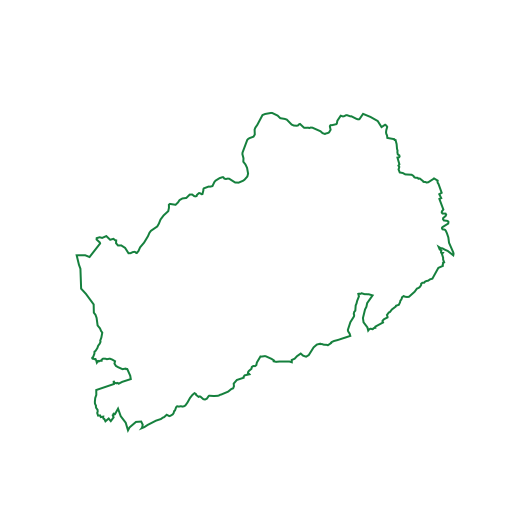 outline of Corbi, Arges, Romania, rotated 254°
{"feature_id": "2599482B64907483378963", "entity_name": "Corbi", "entity_type": "district", "adm_level": 2, "iso_a3": "ROU", "parent_name": "Romania", "parent_adm1": "Arges", "projection": "robinson", "projection_center": [24.82, 45.271], "detail": "fine", "context": "isolated", "style": "outline", "palette": "green", "viewbox_px": 512, "rotation_deg": 254, "n_neighbors": 0, "source": "geoboundaries", "source_scale": "gbopen_adm2", "svg_char_len": 6066}
<svg xmlns="http://www.w3.org/2000/svg" viewBox="0 0 512 512"><g transform="rotate(254 256 256)"><path d="M366.2,382.4L366.5,381.4L366.1,379.2L366.2,378.0L367.5,376.1L363.6,371.5L361.2,370.3L360.6,369.6L360.8,365.2L361.2,363.7L360.6,362.9L360.0,362.7L356.8,362.5L354.7,360.3L354.4,358.9L354.5,356.9L354.3,355.9L355.8,353.8L358.1,352.4L363.8,345.6L364.4,344.0L364.3,342.5L364.9,341.6L365.8,338.1L366.1,337.5L370.8,334.7L370.8,333.9L369.9,332.3L370.0,331.0L371.0,328.3L372.5,326.5L378.6,323.2L379.8,321.5L381.8,317.3L385.0,315.5L389.0,311.0L389.4,309.8L390.0,303.9L389.7,301.1L381.6,293.3L379.6,290.8L377.9,289.5L373.1,288.3L371.4,286.5L371.1,282.3L370.7,280.8L370.0,279.6L359.2,271.6L357.7,271.0L353.4,270.9L350.1,269.8L346.9,271.1L343.2,271.7L337.4,271.1L334.8,269.6L332.5,266.0L331.9,264.3L331.3,259.5L332.4,256.2L337.7,251.5L338.2,250.1L338.3,248.3L339.1,246.9L340.7,246.3L341.0,245.5L340.9,242.5L339.6,237.9L338.6,236.4L335.2,233.4L335.3,231.0L335.8,229.6L335.4,224.5L334.7,223.8L333.6,223.5L330.3,221.6L330.3,220.9L331.9,219.3L332.2,218.6L331.1,216.2L330.0,215.4L330.0,214.2L330.6,213.1L332.7,211.6L333.3,209.2L331.0,205.0L331.6,201.1L330.8,197.9L329.0,195.8L327.4,192.8L329.8,187.6L329.3,186.4L326.3,185.6L323.3,184.0L320.5,178.4L317.4,174.3L313.8,171.5L311.6,169.2L309.2,162.0L307.8,160.1L304.8,157.6L299.7,152.1L296.3,147.0L293.2,144.4L291.7,142.2L291.9,141.7L292.8,141.3L293.5,140.4L293.7,138.6L293.3,136.2L293.8,134.2L299.9,132.4L303.3,129.4L304.2,126.2L306.9,125.0L309.5,125.9L310.0,124.9L311.8,123.7L311.8,120.3L316.4,117.6L315.8,113.1L317.1,110.9L317.1,107.8L315.8,107.3L312.0,109.6L311.0,109.6L300.9,95.7L303.8,92.0L306.1,83.8L296.4,83.4L292.1,83.7L272.8,78.9L266.4,82.1L254.2,86.6L246.2,84.5L243.7,85.5L240.4,85.7L232.9,84.6L229.4,86.1L226.7,86.4L224.7,87.1L220.3,84.9L217.5,82.9L216.4,82.9L214.8,81.6L213.2,79.5L211.2,78.1L209.0,75.6L208.6,74.4L206.6,73.7L203.7,71.5L203.4,70.6L202.9,70.4L202.3,70.6L201.8,71.8L201.3,72.3L201.2,73.3L200.6,73.3L199.1,73.9L198.7,73.6L197.3,73.6L198.6,75.2L198.5,75.8L198.0,76.0L198.3,78.2L197.9,78.7L198.8,79.2L199.4,80.2L199.4,81.0L198.7,83.1L197.9,84.2L197.6,87.2L196.1,89.2L193.7,91.5L191.6,90.3L189.0,91.0L187.2,92.7L184.0,96.5L183.7,99.7L183.1,99.9L182.8,101.1L175.6,102.1L172.2,101.7L171.9,92.7L171.1,88.8L172.1,88.1L172.0,87.0L172.5,86.5L172.6,85.6L172.9,85.1L175.2,84.7L172.1,84.1L171.2,65.5L166.5,64.2L163.8,62.3L160.2,60.9L158.5,60.5L156.1,60.9L155.1,60.5L154.0,60.5L151.8,61.3L150.0,60.9L148.9,60.1L146.1,60.2L145.7,62.2L143.9,62.4L143.7,64.9L142.6,64.5L141.6,64.6L141.1,65.3L138.6,65.7L140.4,69.6L137.3,70.9L140.1,74.6L142.4,74.4L142.5,74.6L141.9,75.0L142.9,75.5L143.5,75.5L143.7,75.8L142.9,76.9L147.3,81.3L139.3,81.8L131.7,84.8L123.7,84.9L126.1,87.2L129.6,94.9L128.5,100.0L125.0,100.6L122.3,99.1L122.0,98.7L122.3,101.5L123.5,105.4L125.3,114.5L125.5,119.7L126.3,121.8L126.4,123.2L128.0,126.4L126.0,128.5L126.0,129.7L126.7,132.3L127.7,133.5L129.5,134.6L129.8,135.5L132.6,137.5L133.3,138.8L132.5,140.3L132.3,142.4L131.5,143.8L131.4,145.4L131.8,146.9L134.0,149.7L137.8,153.5L140.0,156.6L141.1,159.1L139.8,160.2L139.1,160.1L136.4,162.0L136.6,162.9L136.2,163.8L132.9,165.9L132.1,167.4L132.4,169.4L134.4,171.9L134.6,172.5L133.0,176.9L132.2,180.5L132.1,181.7L132.5,183.4L132.4,184.3L133.3,191.8L135.0,195.8L135.0,197.1L135.3,197.7L136.9,198.9L139.5,199.4L142.1,203.4L142.4,210.6L143.4,210.9L144.4,212.2L144.1,217.1L144.6,216.9L145.5,215.9L146.7,216.5L147.5,217.5L148.8,220.5L150.5,221.4L151.0,223.1L150.4,224.7L151.0,226.2L153.4,227.5L158.2,232.6L157.8,233.5L157.3,237.0L156.8,237.9L152.8,242.6L150.7,244.4L149.9,244.0L148.7,246.2L148.1,249.5L145.3,259.1L144.0,261.1L146.2,261.7L146.6,264.8L148.4,267.8L149.9,272.1L147.2,273.8L145.4,276.4L146.2,279.4L152.3,286.2L154.1,290.1L154.0,293.3L153.7,293.3L153.2,295.1L152.1,296.6L151.1,299.5L150.4,300.5L151.6,304.2L152.0,304.2L152.4,305.0L152.8,307.6L152.7,311.1L153.2,324.6L155.5,324.6L158.2,323.8L159.6,323.9L166.4,328.5L170.9,333.5L172.2,334.1L173.4,334.0L175.3,335.1L176.1,336.4L181.0,338.2L182.6,339.5L184.9,340.8L188.8,343.8L191.4,343.9L191.4,344.7L190.8,346.1L191.1,347.2L189.4,349.8L188.1,353.9L186.0,357.2L180.1,349.9L176.7,348.1L174.6,346.1L166.9,341.7L162.6,341.1L156.7,343.4L153.4,343.3L154.4,344.7L154.5,346.2L153.5,347.8L153.7,348.6L154.2,349.1L154.1,350.9L154.8,350.9L155.2,351.2L157.1,359.8L158.6,359.6L159.4,360.6L160.0,361.8L160.7,365.5L161.3,365.7L163.2,365.6L165.1,368.1L165.3,369.4L167.1,371.8L168.9,376.4L169.6,376.9L169.7,379.8L171.8,381.7L173.3,382.5L174.0,383.6L175.1,384.5L176.0,384.9L176.8,386.9L175.8,388.0L175.0,389.8L174.6,391.7L177.9,398.6L180.3,401.7L180.5,403.6L181.3,405.3L182.7,406.8L183.8,407.1L184.4,408.5L184.0,410.4L184.7,411.2L185.0,412.9L184.8,414.6L185.6,416.9L185.6,419.3L194.3,428.0L195.0,432.9L196.3,433.1L197.1,433.9L197.8,433.8L198.2,434.3L198.2,435.1L201.0,434.9L202.8,435.4L206.6,435.3L207.4,436.3L207.6,435.4L208.1,434.9L208.8,434.9L210.2,435.7L211.6,434.4L214.4,434.1L212.7,435.6L211.9,437.4L209.8,439.5L208.0,441.7L202.3,445.8L203.6,446.5L205.1,446.6L215.5,445.2L220.8,446.0L225.2,445.8L227.9,445.4L228.9,445.0L229.4,444.5L230.2,442.7L231.3,442.4L231.9,442.6L232.4,443.3L234.2,449.7L235.7,450.4L236.5,450.1L237.1,449.4L238.4,446.4L239.9,445.9L240.9,446.4L242.2,449.3L243.3,450.2L244.5,449.9L245.4,447.0L246.5,446.5L247.7,447.0L249.0,448.9L260.3,448.0L260.6,450.0L264.9,449.2L265.6,451.9L274.9,451.3L276.0,450.9L277.4,450.9L278.4,451.4L281.5,448.5L281.2,447.9L279.4,441.9L279.6,440.2L280.4,439.3L281.1,437.4L281.9,437.2L285.2,434.9L285.5,434.3L285.5,433.4L286.6,432.9L287.3,430.8L288.0,429.9L289.6,429.4L291.2,428.0L293.3,422.0L295.3,420.0L296.7,417.2L299.9,416.9L302.1,418.3L303.6,417.8L304.6,419.1L311.6,419.1L311.4,420.7L312.0,421.4L313.2,421.5L314.6,420.3L316.8,420.5L318.3,421.1L320.2,421.1L324.8,422.0L329.0,422.1L329.3,421.2L330.2,421.1L333.3,414.8L335.8,415.2L337.5,414.9L339.1,415.1L341.2,416.0L343.9,417.7L345.5,417.2L346.6,416.3L345.3,412.2L352.2,410.2L358.1,404.4L363.1,398.1L359.0,393.1L359.2,391.8L360.1,390.4L364.0,386.2L364.3,385.1L366.2,382.4Z" fill="none" stroke="#15803d" stroke-width="2"/></g></svg>